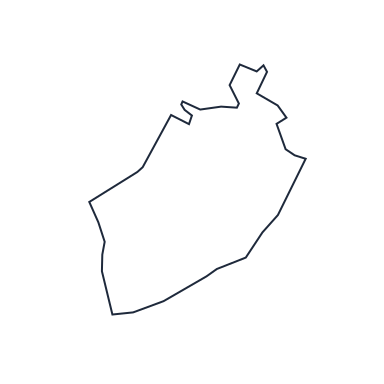 Tibiri, Dosso, Niger, rotated 27°
{"feature_id": "23599985B22885280076406", "entity_name": "Tibiri", "entity_type": "district", "adm_level": 2, "iso_a3": "NER", "parent_name": "Niger", "parent_adm1": "Dosso", "projection": "orthographic", "projection_center": [3.884, 13.094], "detail": "fine", "context": "isolated", "style": "outline", "palette": "slate", "viewbox_px": 384, "rotation_deg": 27, "n_neighbors": 0, "source": "geoboundaries", "source_scale": "gbopen_adm2", "svg_char_len": 610}
<svg xmlns="http://www.w3.org/2000/svg" viewBox="0 0 384 384"><g transform="rotate(27 192 192)"><path d="M138.4,132.9L136.8,192.3L134.2,199.0L105.0,247.5L122.3,261.5L136.8,276.0L140.5,288.5L147.7,303.5L176.7,337.3L194.2,326.0L216.2,302.2L243.2,260.6L249.1,249.3L269.7,226.0L273.1,196.0L279.0,173.5L278.2,110.8L266.8,112.7L256.0,111.4L236.4,92.9L242.4,82.9L229.0,76.0L204.9,74.7L204.3,50.9L198.2,46.7L194.9,55.2L176.7,56.7L177.0,79.7L193.6,91.9L193.7,96.5L179.2,102.7L161.9,114.8L142.5,115.6L142.7,118.9L148.2,122.2L157.2,123.9L158.5,132.9L138.4,132.9Z" fill="none" stroke="#1e293b" stroke-width="2"/></g></svg>